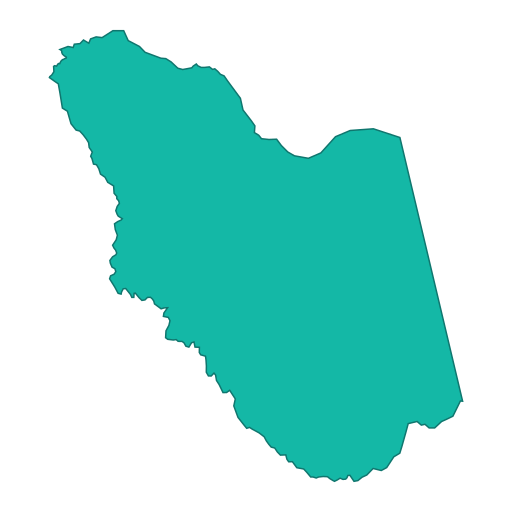 Bamingui, Bamingui-Bangoran, Central African Republic (Natural Earth projection)
{"feature_id": "33826404B40726346610529", "entity_name": "Bamingui", "entity_type": "district", "adm_level": 2, "iso_a3": "CAF", "parent_name": "Central African Republic", "parent_adm1": "Bamingui-Bangoran", "projection": "natural_earth1", "projection_center": [19.692, 7.894], "detail": "fine", "context": "isolated", "style": "filled", "palette": "teal", "viewbox_px": 512, "rotation_deg": 0, "n_neighbors": 0, "source": "geoboundaries", "source_scale": "gbopen_adm2", "svg_char_len": 3026}
<svg xmlns="http://www.w3.org/2000/svg" viewBox="0 0 512 512"><path d="M59.9,49.5L60.7,50.0L61.3,50.4L61.8,51.4L61.8,52.5L62.4,54.0L64.1,55.7L65.7,56.7L66.3,57.1L66.4,57.7L66.1,58.2L64.6,58.6L63.4,59.5L62.5,59.6L60.9,61.2L59.7,63.7L59.0,63.4L57.9,64.0L56.6,66.1L54.6,65.7L53.6,66.4L53.9,71.7L51.7,75.1L49.8,76.6L49.4,77.6L55.8,82.1L58.3,83.8L59.9,92.7L62.4,108.1L67.4,111.2L71.0,123.7L76.1,130.1L79.7,131.0L83.1,134.7L86.5,139.2L88.6,142.7L89.2,147.5L90.8,149.8L92.3,152.1L91.7,153.5L90.7,156.3L91.9,158.4L92.8,161.5L93.5,164.1L96.5,164.7L98.8,168.7L100.5,174.1L105.0,177.2L107.8,182.4L113.6,185.9L114.1,193.3L116.8,196.4L116.8,198.7L118.6,200.7L119.4,203.3L117.2,206.4L115.8,210.7L117.2,214.4L118.3,216.2L122.3,218.7L121.0,220.1L117.7,221.6L114.5,223.8L115.3,229.6L117.4,235.2L116.2,239.8L112.6,245.2L114.0,248.1L115.6,250.1L116.7,253.0L116.0,254.7L112.6,256.8L109.9,260.4L110.3,263.1L112.0,267.1L114.9,268.7L115.8,271.6L114.1,274.2L110.6,275.8L109.6,278.8L114.8,287.1L118.1,293.3L121.1,294.1L121.6,291.9L123.2,288.8L125.7,288.5L130.5,294.5L131.8,297.4L133.8,297.4L134.1,293.3L135.3,293.1L139.1,297.7L141.9,300.4L145.0,299.9L147.5,297.4L150.5,297.3L152.4,299.0L153.8,301.1L154.5,303.9L158.3,306.7L161.1,308.8L164.2,307.9L167.6,307.7L166.4,309.4L163.9,313.0L163.4,316.4L168.3,317.4L170.0,320.7L168.9,325.4L166.0,330.8L165.6,337.7L167.7,339.3L173.3,340.0L176.2,339.6L178.1,341.3L180.1,341.4L182.0,341.4L184.0,342.8L185.9,346.2L188.9,347.1L191.6,342.7L194.0,342.0L195.0,347.1L199.4,347.3L199.3,352.5L200.7,354.8L205.5,356.2L206.0,359.9L206.4,366.0L206.3,372.2L208.4,375.9L211.2,376.0L214.0,373.1L215.6,375.1L216.5,380.5L219.1,384.5L223.0,392.6L226.6,392.5L229.7,390.3L235.3,398.9L233.8,405.9L238.0,417.4L244.3,425.4L246.7,428.3L249.6,427.4L252.3,429.2L259.0,432.8L264.2,436.8L266.3,440.8L268.8,444.3L271.2,447.1L274.7,448.0L277.4,452.0L280.4,455.1L285.8,454.9L286.9,459.2L288.7,461.8L292.4,461.7L296.8,467.7L303.7,469.0L306.6,472.1L310.7,477.0L313.1,477.0L316.2,478.0L318.6,477.0L323.2,476.5L327.5,476.7L329.8,478.6L333.1,480.6L334.5,481.3L337.0,480.1L340.1,478.2L343.0,479.4L345.7,479.1L347.0,477.7L347.8,475.5L349.9,475.3L354.0,481.3L357.9,480.6L362.1,477.2L366.8,475.0L373.1,468.5L381.3,470.5L386.7,467.6L393.8,456.8L399.8,453.2L401.8,446.7L405.8,432.5L408.2,423.6L417.1,421.5L421.3,425.1L425.0,424.3L429.1,427.9L434.7,427.9L441.6,421.5L446.5,419.3L452.9,416.2L460.4,401.0L462.6,401.2L399.9,137.5L373.4,128.8L350.2,130.5L335.5,136.7L320.9,152.9L308.4,158.3L294.4,155.8L287.8,152.0L281.4,145.6L276.6,139.2L269.0,139.5L261.5,138.7L258.7,135.2L254.4,132.6L254.9,125.9L251.4,120.9L243.0,110.0L240.4,98.3L227.4,80.7L224.1,75.9L220.4,74.3L217.7,71.3L214.8,68.8L212.6,69.4L209.4,66.9L204.6,67.4L201.1,67.4L197.8,65.8L196.3,64.0L193.2,66.1L191.8,67.8L186.6,68.8L182.7,69.5L177.8,68.2L171.1,61.9L165.8,58.6L160.9,58.2L145.1,52.3L139.5,46.5L128.2,40.6L123.7,30.7L112.9,30.7L102.1,37.6L96.1,36.9L90.6,38.9L88.8,43.2L83.5,40.0L80.0,43.6L74.3,44.2L73.2,47.5L68.0,46.5L59.9,49.5Z" fill="#14b8a6" stroke="#0f766e" stroke-width="1.5"/></svg>